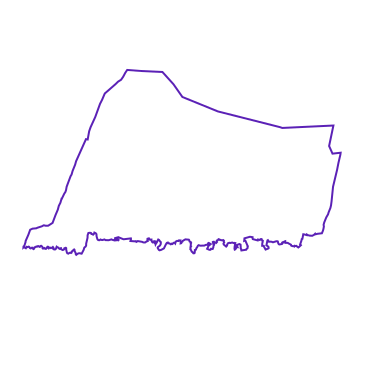 outline of Prundeni, Vâlcea, Romania, rotated 292°
{"feature_id": "2599482B15275275534961", "entity_name": "Prundeni", "entity_type": "district", "adm_level": 2, "iso_a3": "ROU", "parent_name": "Romania", "parent_adm1": "Vâlcea", "projection": "natural_earth1", "projection_center": [24.227, 44.727], "detail": "fine", "context": "isolated", "style": "outline", "palette": "violet", "viewbox_px": 384, "rotation_deg": 292, "n_neighbors": 0, "source": "geoboundaries", "source_scale": "gbopen_adm2", "svg_char_len": 5915}
<svg xmlns="http://www.w3.org/2000/svg" viewBox="0 0 384 384"><g transform="rotate(292 192 192)"><path d="M306.6,298.2L285.2,251.7L285.1,249.4L276.4,185.8L276.5,147.5L285.0,134.4L292.2,119.6L285.0,99.1L280.9,86.2L277.7,85.5L273.0,85.0L269.5,84.2L266.6,82.1L263.6,80.8L250.8,74.3L249.8,74.2L243.9,74.1L239.3,73.7L225.3,74.2L214.1,73.7L209.8,73.9L201.6,75.6L201.3,73.9L177.0,73.0L173.6,73.4L166.8,73.4L163.0,73.8L161.1,73.5L149.9,73.8L146.6,74.5L144.5,74.6L142.7,74.2L136.7,73.8L136.7,73.6L132.7,74.0L129.3,73.7L125.4,74.2L119.5,74.1L111.1,74.3L106.9,71.3L105.9,69.0L105.7,67.4L105.5,66.9L104.0,65.7L100.9,62.0L100.0,61.2L98.3,57.9L96.4,56.1L91.1,56.3L84.1,56.1L83.4,56.4L79.4,56.7L78.4,56.2L77.4,56.5L78.2,56.9L77.8,57.5L77.6,59.0L79.2,59.2L79.3,60.3L79.9,60.7L80.2,61.1L80.0,61.9L79.3,62.7L79.2,63.4L79.5,63.8L80.5,64.5L80.6,65.0L79.8,65.9L79.7,66.5L80.3,66.8L81.8,66.8L82.3,67.6L83.1,68.0L83.2,68.7L83.8,69.0L83.8,69.5L84.3,69.9L84.3,70.4L84.0,71.2L84.1,71.5L85.3,71.9L85.6,72.2L85.3,73.4L84.8,74.1L83.9,74.5L83.7,75.1L84.8,76.0L84.7,76.7L84.3,77.2L84.7,78.0L87.1,78.5L87.3,78.8L87.3,79.3L86.1,80.0L86.0,80.3L87.0,80.7L87.3,81.5L87.1,81.8L87.1,82.2L87.6,82.6L87.7,83.0L88.9,83.6L88.5,84.3L87.8,84.3L87.2,84.7L87.1,85.6L87.5,86.1L87.4,86.5L88.6,87.2L89.5,87.0L90.6,87.0L90.3,88.1L90.4,89.0L89.9,89.6L89.7,90.6L89.7,90.8L90.6,91.2L90.8,91.5L90.0,91.9L89.7,93.7L90.3,94.5L91.0,94.9L91.9,94.7L92.9,95.6L93.0,96.0L92.8,96.4L91.5,96.9L89.1,98.6L88.5,99.3L88.5,100.4L89.7,101.2L90.1,101.9L90.1,102.7L90.5,103.0L91.3,102.8L91.7,103.1L92.2,103.0L93.3,103.7L94.1,103.8L94.6,104.3L94.3,104.8L93.1,105.4L92.1,106.8L90.8,107.5L90.4,108.2L91.9,109.1L92.7,109.9L93.3,111.2L93.3,112.4L93.5,112.8L97.7,113.2L100.1,113.0L101.6,113.8L102.7,113.9L104.5,113.2L110.4,112.3L112.8,111.4L115.2,111.3L116.0,112.7L116.1,113.4L116.1,113.9L115.4,114.5L115.6,115.0L115.4,116.3L116.6,116.8L117.8,116.7L117.7,118.2L117.1,119.2L115.4,120.0L114.4,120.7L112.7,122.1L112.3,123.1L112.6,124.2L113.7,125.0L113.6,125.8L113.9,126.9L115.2,128.6L115.0,129.9L116.1,132.8L117.9,135.1L117.8,135.9L118.1,138.5L119.5,141.0L119.6,141.8L120.1,141.9L120.4,141.5L120.3,140.7L119.6,138.7L119.7,138.2L120.3,138.3L120.5,138.1L121.0,138.7L120.7,139.1L121.6,139.5L121.7,139.8L122.5,140.5L122.5,145.7L122.6,146.4L126.1,152.7L125.5,153.1L123.5,153.3L124.7,157.1L125.3,158.2L125.3,158.6L124.9,159.1L125.3,159.5L125.9,159.7L126.2,160.2L127.1,164.4L127.0,165.6L127.4,166.9L127.7,167.5L129.0,168.3L129.9,169.3L130.8,168.6L131.5,169.2L131.7,169.3L132.2,168.5L132.8,169.2L132.9,169.6L132.0,170.5L132.7,172.2L131.8,172.5L131.5,173.2L130.9,173.5L130.5,174.4L131.1,175.1L131.0,175.5L132.2,175.3L132.5,176.1L132.0,176.9L131.5,177.0L131.2,177.4L130.8,177.2L130.5,177.3L129.8,177.8L131.0,177.9L132.1,178.3L132.9,178.0L133.4,178.3L135.3,178.5L135.2,179.4L134.2,180.9L133.8,181.9L132.1,182.5L130.6,182.4L129.6,182.0L128.3,181.1L127.6,181.0L127.0,181.4L125.9,183.0L125.8,183.8L126.8,185.1L129.2,187.1L133.7,187.4L135.3,187.7L135.8,188.1L136.1,188.6L135.5,189.1L135.9,190.2L135.8,191.1L135.5,191.6L135.5,191.9L136.1,192.5L136.5,192.6L136.5,193.4L137.5,193.7L138.1,194.1L138.5,194.8L138.0,195.7L139.9,195.5L141.1,196.5L141.5,197.8L142.3,198.0L142.7,199.3L142.3,199.3L142.2,199.6L141.1,200.4L140.1,200.7L140.5,201.2L141.3,200.9L142.3,201.7L143.2,201.7L145.6,203.6L146.6,206.9L146.4,207.3L145.2,208.3L145.1,209.7L144.5,210.3L144.3,210.3L144.4,210.0L144.1,209.9L142.9,210.6L141.1,211.1L141.1,211.4L140.2,211.2L139.6,211.7L138.4,211.8L137.9,212.7L136.5,214.2L136.5,215.1L135.7,216.1L135.8,216.7L136.2,217.2L137.3,217.1L139.3,216.4L140.0,217.2L141.6,217.1L142.4,217.4L144.4,217.6L145.2,218.1L145.3,219.7L147.0,223.6L148.0,224.4L149.0,226.1L150.7,226.2L151.1,226.6L150.8,228.3L150.6,227.9L150.1,228.3L149.4,228.3L149.1,228.1L148.9,227.4L148.4,227.2L147.3,227.5L145.0,227.3L144.9,229.6L145.1,230.4L145.4,230.8L146.5,230.9L146.9,232.5L148.7,232.5L150.0,232.1L151.5,232.3L152.1,231.9L152.6,230.6L153.4,230.0L153.6,230.1L154.1,230.9L153.7,231.8L153.4,232.1L153.9,232.9L153.8,233.5L155.0,233.9L155.3,233.3L156.3,233.2L157.5,234.3L158.2,234.3L158.3,234.8L158.0,235.7L158.3,236.3L158.2,237.0L158.4,237.7L158.7,238.1L158.8,239.0L159.1,239.2L158.8,239.8L158.1,239.8L157.4,240.7L156.0,240.5L155.2,241.1L154.2,244.1L155.5,244.6L156.1,244.3L157.9,244.5L158.9,245.6L159.0,246.5L160.2,248.2L160.3,250.6L160.4,250.8L160.8,250.8L160.9,251.3L156.8,252.1L156.4,252.3L156.5,252.8L155.4,252.6L154.6,253.2L155.0,253.6L156.2,253.9L157.5,253.9L157.9,254.9L158.7,254.1L159.0,253.5L159.6,253.4L161.5,255.4L161.4,256.7L159.0,257.9L158.0,258.2L157.5,259.0L157.1,259.1L156.3,259.7L158.8,263.9L159.7,263.9L160.6,264.5L162.6,264.1L162.7,263.6L163.2,263.4L166.9,259.7L166.9,259.3L166.3,258.7L168.7,258.0L172.2,262.5L172.8,265.1L171.7,265.5L171.1,266.0L171.7,271.1L172.7,271.0L172.9,272.9L173.9,273.2L174.1,273.7L174.3,273.8L174.4,274.2L173.2,275.3L173.3,275.9L171.9,276.3L171.0,276.3L168.4,277.2L168.9,278.7L168.5,278.9L166.2,281.8L168.2,283.9L168.7,284.1L169.8,283.4L170.2,282.3L170.4,281.0L174.6,280.2L175.4,280.1L175.8,280.4L174.7,281.9L175.5,283.7L175.7,284.7L175.7,285.9L177.9,288.6L178.3,289.6L178.3,290.1L176.6,291.3L176.1,292.1L176.1,292.7L177.5,294.9L178.3,295.2L178.9,294.6L179.7,295.2L179.9,295.8L180.8,296.3L181.3,296.9L179.8,297.6L180.7,299.8L180.5,300.7L180.2,303.5L179.7,303.8L179.4,304.2L179.5,305.6L179.9,306.7L179.8,307.2L180.6,307.3L180.8,308.8L181.1,309.0L180.4,311.3L181.0,311.6L181.1,311.8L183.5,312.9L183.7,312.5L183.8,311.9L187.7,311.7L189.5,311.4L189.9,311.9L194.5,311.0L194.7,311.8L195.0,314.6L195.6,314.5L195.4,315.4L195.7,317.9L196.0,318.3L196.4,319.8L198.0,321.2L199.2,321.7L198.8,322.0L200.3,324.1L202.4,327.9L205.3,327.9L206.9,327.7L209.4,327.2L210.9,326.3L213.3,326.0L218.7,326.0L222.3,326.5L224.2,326.3L229.0,326.3L231.7,325.9L235.6,324.9L249.7,320.8L267.0,318.2L273.7,316.9L282.1,315.6L284.1,315.1L280.2,307.9L286.0,301.9L306.6,298.2Z" fill="none" stroke="#5b21b6" stroke-width="2"/></g></svg>